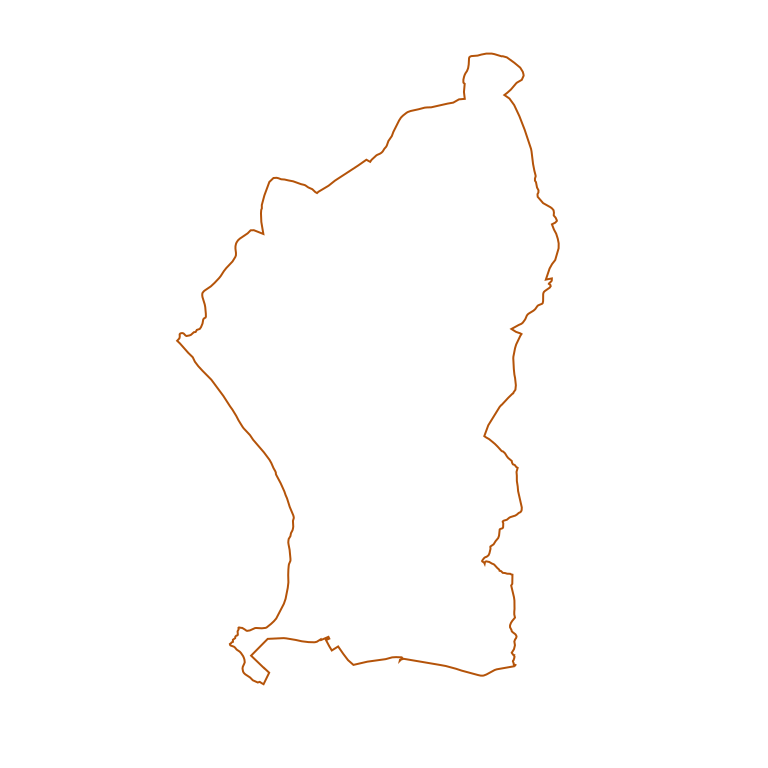 outline of Jaramijo, Manabi, Ecuador, rotated 259°
{"feature_id": "8360857B39254193540064", "entity_name": "Jaramijo", "entity_type": "district", "adm_level": 2, "iso_a3": "ECU", "parent_name": "Ecuador", "parent_adm1": "Manabi", "projection": "orthographic", "projection_center": [-80.625, -0.974], "detail": "fine", "context": "isolated", "style": "outline", "palette": "amber", "viewbox_px": 768, "rotation_deg": 259, "n_neighbors": 0, "source": "geoboundaries", "source_scale": "gbopen_adm2", "svg_char_len": 6136}
<svg xmlns="http://www.w3.org/2000/svg" viewBox="0 0 768 768"><g transform="rotate(259 384 384)"><path d="M465.9,189.2L462.8,191.4L451.9,197.8L446.7,201.4L442.0,202.6L436.9,205.1L431.4,208.5L421.2,215.3L403.0,224.0L391.5,228.6L387.8,230.3L380.8,232.9L376.0,234.3L368.9,237.0L367.2,237.8L359.4,242.7L354.2,244.9L339.8,253.1L331.5,257.1L327.9,258.3L322.5,259.5L318.9,260.7L317.5,260.9L316.4,260.7L315.2,260.9L306.4,263.6L297.5,265.7L293.8,266.2L290.2,267.0L281.4,268.0L272.3,269.9L270.4,270.0L269.5,269.8L267.0,268.5L261.3,267.7L259.6,267.1L257.9,266.3L255.3,264.2L252.5,263.1L250.1,260.9L248.5,260.3L246.7,259.8L244.8,259.7L239.2,259.7L230.1,258.8L228.3,258.4L225.2,256.3L223.5,255.7L220.0,254.7L214.7,253.5L207.5,252.3L202.2,250.6L191.9,246.4L187.4,243.8L174.4,233.5L172.1,230.6L170.1,227.4L167.4,222.3L167.2,221.2L167.5,217.4L168.9,212.0L169.0,210.8L167.7,205.3L167.8,202.5L168.2,201.8L169.6,200.5L171.6,198.3L171.9,197.2L172.7,195.2L172.6,194.9L172.4,194.6L170.9,194.5L169.2,193.1L165.9,192.7L165.4,192.4L165.2,192.1L165.2,191.1L164.4,189.9L162.9,189.4L161.8,186.9L159.7,186.5L159.4,185.1L158.8,184.5L158.2,183.1L157.3,183.1L156.6,183.5L154.8,186.5L153.8,187.4L151.4,188.7L148.8,191.3L147.2,192.3L143.7,193.8L141.8,194.2L140.0,194.4L137.4,194.2L136.1,193.4L133.3,191.4L131.6,190.8L128.6,190.8L127.1,191.3L125.5,192.4L121.5,196.5L118.2,198.7L115.1,203.1L115.3,205.2L113.7,206.8L112.3,208.5L122.5,216.2L128.0,212.2L127.9,212.1L142.7,201.7L156.0,221.2L153.7,237.0L153.0,239.4L149.6,248.5L147.1,254.3L145.0,260.8L143.9,265.7L143.7,266.9L143.8,268.9L145.5,273.3L144.7,273.4L146.4,281.2L144.5,281.7L143.7,278.2L137.1,280.2L132.4,281.9L135.1,288.9L126.9,292.5L119.8,296.0L114.1,300.4L114.6,314.7L113.6,333.1L114.1,339.8L113.6,343.7L112.3,349.2L111.5,349.6L110.7,350.4L110.7,349.3L110.2,347.1L109.3,346.7L110.2,348.0L110.5,350.1L110.3,351.4L97.7,384.9L95.4,390.8L90.7,400.4L87.8,405.6L80.4,420.7L79.3,423.2L78.9,425.1L78.8,426.2L79.3,429.1L82.1,438.0L82.4,440.2L82.1,457.5L82.4,457.5L82.6,458.1L82.6,459.0L83.1,459.4L84.1,457.9L85.8,457.9L87.1,457.6L87.8,457.9L88.5,458.8L89.2,459.0L89.9,459.5L90.7,459.7L91.2,460.1L92.4,459.8L93.0,460.1L93.4,459.2L95.8,458.1L98.9,461.0L102.6,462.7L106.3,462.8L108.2,463.9L109.3,465.1L110.7,465.9L111.8,465.8L113.3,465.2L116.1,462.7L117.1,462.2L118.2,462.2L121.2,461.3L123.1,461.7L125.2,463.0L126.9,464.6L129.7,468.0L132.9,467.9L135.5,468.4L138.3,469.2L146.5,470.7L149.8,470.9L161.9,470.4L163.4,471.8L172.3,473.7L172.7,472.7L173.6,471.7L174.3,468.7L175.3,466.8L176.0,464.5L177.9,463.3L178.6,461.8L179.7,461.7L181.8,460.1L185.7,457.7L186.3,457.0L187.2,455.6L189.2,453.4L190.4,450.5L190.2,449.5L189.8,449.1L188.3,448.5L189.5,448.2L191.1,446.6L191.5,446.5L192.7,447.5L194.2,449.3L194.7,450.5L194.8,451.7L195.9,453.9L197.7,455.2L201.9,457.1L203.9,457.3L204.2,457.5L205.7,461.0L208.5,463.6L211.0,466.7L213.2,468.0L219.1,469.8L219.5,470.4L219.7,472.4L220.0,473.1L220.7,473.6L224.5,474.5L226.1,474.2L226.5,474.4L227.0,475.5L227.3,478.7L228.8,481.4L229.2,482.6L229.8,487.8L230.5,489.6L231.7,491.6L232.1,493.2L232.4,493.8L233.2,494.6L234.1,495.1L236.5,495.7L253.3,495.2L258.0,495.7L263.4,495.9L268.7,496.9L272.4,497.3L276.2,499.2L277.3,498.0L279.5,496.9L280.6,495.2L282.3,494.7L284.1,494.7L287.8,491.7L289.6,490.8L292.8,489.6L293.7,489.0L295.1,487.9L295.5,487.0L296.2,486.4L301.0,483.5L304.1,481.4L309.8,476.7L312.2,473.9L313.7,472.5L323.6,478.5L339.5,493.2L341.0,495.2L341.1,495.6L346.8,503.4L349.8,508.0L350.2,509.1L350.8,509.3L353.3,511.9L357.6,513.2L364.8,513.8L368.4,513.8L373.9,514.3L384.5,515.8L386.1,516.2L394.2,519.5L397.6,521.3L405.4,527.1L406.8,528.5L407.6,527.6L410.0,523.5L413.7,519.6L416.2,527.4L416.9,530.4L417.7,531.9L419.9,534.3L421.0,535.3L423.7,537.1L424.8,538.2L425.5,539.5L427.5,544.8L428.6,546.7L431.2,549.4L431.8,550.4L432.6,554.5L433.1,555.2L435.0,556.0L441.8,557.4L442.8,557.8L443.8,558.5L444.5,559.5L447.0,565.1L448.2,566.3L449.5,566.2L450.9,564.9L451.1,565.0L452.9,567.9L453.8,568.5L455.6,568.9L455.6,562.8L465.8,568.6L469.7,571.9L473.0,575.7L483.9,581.3L488.7,582.3L493.4,582.3L498.7,581.7L503.2,580.3L508.7,579.3L509.7,582.9L511.1,584.8L511.6,584.9L514.5,584.2L517.0,582.8L517.6,582.9L519.7,583.5L522.2,583.6L524.2,582.5L525.7,581.2L531.2,574.7L538.4,570.6L540.5,570.8L541.2,571.0L542.5,572.1L544.7,572.6L547.7,571.7L553.1,571.7L554.8,571.0L556.9,571.4L558.9,572.5L559.8,572.6L564.7,572.3L571.5,572.3L584.2,573.2L586.7,573.2L606.7,570.6L621.1,568.0L633.0,565.0L640.3,561.6L644.7,557.3L646.3,560.5L648.8,564.7L654.0,571.2L654.5,572.1L656.3,577.3L660.0,579.9L661.6,580.0L664.0,579.8L668.5,578.1L674.5,573.2L681.2,566.9L683.1,563.1L683.2,562.0L686.8,555.2L687.8,552.7L688.8,547.6L688.8,542.4L688.5,538.6L689.2,532.3L689.0,531.2L688.4,530.1L687.4,529.6L681.4,528.1L677.9,526.8L675.4,525.2L673.4,523.2L671.9,522.1L670.3,521.2L667.6,520.0L665.1,519.5L664.4,519.6L663.3,520.5L655.4,518.2L648.5,517.7L649.1,511.9L647.0,505.7L647.1,499.9L646.6,483.2L647.3,478.8L647.5,476.6L647.1,470.5L646.9,462.2L646.4,459.1L645.9,457.8L643.9,453.9L642.3,451.5L639.8,449.1L629.7,441.3L625.9,439.0L621.7,434.7L617.6,432.3L616.5,431.4L614.8,429.2L612.5,427.1L611.5,425.6L610.8,423.8L610.2,421.0L609.8,420.0L606.4,414.5L604.7,412.8L607.5,409.5L603.4,400.3L593.0,374.7L589.2,367.4L585.2,356.3L584.2,354.7L585.5,353.2L588.9,350.8L591.4,347.2L594.0,344.7L594.7,343.6L596.0,340.7L600.3,333.5L602.1,329.0L603.7,325.4L604.6,322.1L606.1,319.7L606.9,317.9L607.3,314.8L604.2,310.0L592.0,302.6L583.0,298.2L579.7,297.6L578.3,296.7L575.0,295.8L566.5,294.5L554.3,294.2L559.8,285.6L560.3,282.4L557.9,278.9L554.2,270.2L552.9,268.1L551.1,266.3L549.9,265.5L547.6,264.5L545.2,264.0L540.9,263.7L538.6,263.2L537.1,262.3L533.2,258.7L527.9,251.3L525.4,248.4L521.1,244.3L519.4,242.3L515.6,237.0L512.9,232.7L510.0,225.9L509.4,224.8L508.1,223.3L507.4,222.9L505.8,222.5L503.9,222.4L496.4,223.2L493.7,223.2L486.8,222.5L484.1,222.0L483.3,221.5L482.7,219.8L481.9,218.9L478.0,217.4L474.7,215.2L473.2,213.6L472.8,210.6L471.0,209.0L471.1,207.2L469.1,203.9L468.8,202.4L468.8,199.3L469.5,198.4L471.6,197.1L472.3,196.2L472.6,194.6L472.4,193.6L471.8,192.9L469.3,192.5L467.8,191.8L465.9,189.2Z" fill="none" stroke="#b45309" stroke-width="2"/></g></svg>